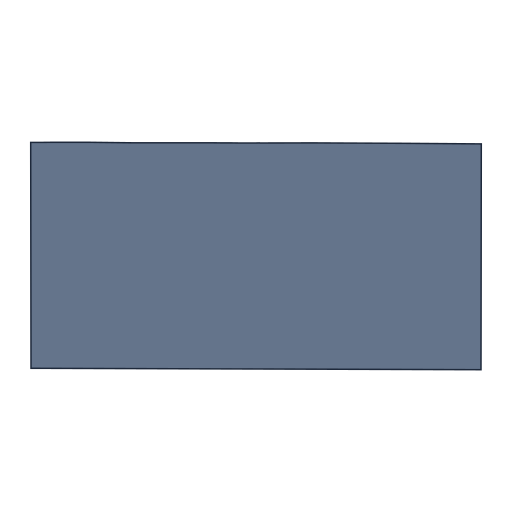 McPherson, South Dakota, United States of America
{"feature_id": "52423323B76853800057701", "entity_name": "McPherson", "entity_type": "district", "adm_level": 2, "iso_a3": "USA", "parent_name": "United States of America", "parent_adm1": "South Dakota", "projection": "mercator", "projection_center": [-99.314, 45.766], "detail": "fine", "context": "isolated", "style": "filled", "palette": "slate", "viewbox_px": 512, "rotation_deg": 0, "n_neighbors": 0, "source": "geoboundaries", "source_scale": "gbopen_adm2", "svg_char_len": 496}
<svg xmlns="http://www.w3.org/2000/svg" viewBox="0 0 512 512"><path d="M30.7,142.4L31.0,368.3L35.4,368.3L481.0,369.7L481.3,143.9L399.6,143.3L399.2,143.3L353.7,143.1L314.2,142.9L309.9,142.9L259.9,143.0L259.4,142.9L255.8,143.0L255.5,143.0L239.4,143.0L231.0,142.9L227.6,142.9L221.5,142.9L212.2,142.8L200.0,142.8L199.9,142.8L184.7,142.8L181.5,142.8L174.4,142.8L134.0,142.8L132.7,142.8L89.3,142.3L79.2,142.3L51.6,142.3L42.1,142.4L30.7,142.4Z" fill="#64748b" stroke="#1e293b" stroke-width="1.5"/></svg>